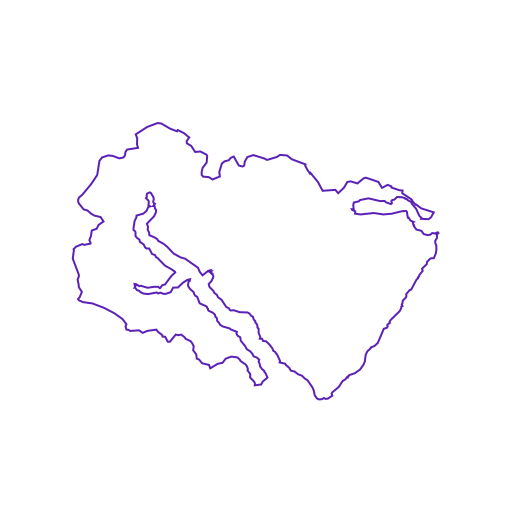 Ørsta nor, Møre og Romsdal, Norway, rotated 160°
{"feature_id": "86288312B4999748251605", "entity_name": "Ørsta nor", "entity_type": "district", "adm_level": 2, "iso_a3": "NOR", "parent_name": "Norway", "parent_adm1": "Møre og Romsdal", "projection": "albers", "projection_center": [6.353, 62.207], "detail": "fine", "context": "isolated", "style": "outline", "palette": "violet", "viewbox_px": 512, "rotation_deg": 160, "n_neighbors": 0, "source": "geoboundaries", "source_scale": "gbopen_adm2", "svg_char_len": 6106}
<svg xmlns="http://www.w3.org/2000/svg" viewBox="0 0 512 512"><g transform="rotate(160 256 256)"><path d="M403.0,242.4L401.1,236.1L402.7,234.5L402.9,231.1L400.9,230.1L399.9,228.6L391.4,226.2L388.7,222.5L383.7,222.8L374.8,220.9L374.1,218.4L371.1,213.6L371.4,212.2L369.0,211.2L368.2,205.6L366.2,204.9L358.3,209.6L356.0,208.1L353.1,207.7L350.8,203.9L350.5,202.3L346.7,198.5L345.8,196.0L345.4,192.4L347.3,188.9L345.8,184.1L346.8,179.8L344.9,178.2L343.4,173.7L337.4,169.7L337.4,166.1L328.9,167.8L323.9,167.1L319.6,169.9L313.6,169.9L308.9,167.5L307.8,166.5L306.6,163.9L306.5,162.7L303.1,157.9L302.3,155.9L302.2,152.8L303.1,151.6L301.8,146.9L303.1,144.0L300.6,138.2L300.7,136.0L301.4,134.9L295.1,133.5L292.5,135.8L286.8,137.8L287.1,142.5L287.8,144.4L287.6,145.3L289.0,147.7L289.9,150.9L289.4,153.9L289.7,155.9L288.4,157.4L289.9,160.2L292.5,162.5L293.0,165.7L294.0,168.3L296.6,171.7L296.9,174.7L299.3,181.6L298.6,185.0L300.3,187.0L300.8,188.6L300.9,189.9L299.9,191.3L304.6,195.4L305.6,197.0L311.4,201.2L313.3,203.7L313.5,205.6L314.6,208.2L314.1,211.5L315.0,212.8L314.6,214.8L316.0,217.5L319.1,220.6L319.5,221.9L319.2,222.8L319.7,224.2L319.5,224.8L319.9,225.7L325.1,230.8L325.2,237.8L326.7,239.5L327.1,241.5L326.9,243.2L329.3,247.7L330.0,250.6L329.8,252.0L327.8,255.6L326.8,255.3L325.9,256.7L328.5,257.1L334.1,255.8L340.1,253.1L344.7,254.6L348.5,251.2L353.9,251.3L356.1,252.2L358.1,254.1L360.7,254.3L361.8,255.7L370.4,257.1L374.8,259.3L377.1,261.8L377.6,263.2L379.5,264.6L380.5,267.7L380.9,267.8L379.4,269.1L380.0,270.1L379.7,271.3L378.0,270.3L376.1,267.6L374.4,267.4L368.7,263.2L361.9,261.8L358.3,260.4L357.5,258.7L356.9,258.7L354.1,260.6L351.2,260.4L342.2,266.3L337.5,268.2L337.5,268.9L339.9,272.4L344.8,278.0L349.2,287.8L350.5,289.5L350.4,291.2L353.0,293.5L353.8,299.5L356.4,300.6L357.3,302.0L357.6,305.2L360.3,309.1L359.9,311.2L361.6,313.6L362.4,316.0L361.1,319.5L361.3,320.9L362.1,322.2L362.0,323.2L358.2,330.3L355.3,333.1L354.4,334.9L347.5,334.3L343.5,335.8L340.4,339.0L338.4,338.8L339.7,340.4L338.2,343.6L338.1,344.7L339.6,348.1L338.3,348.9L338.0,350.6L336.9,351.9L334.0,352.1L333.2,351.2L332.3,346.2L332.6,344.4L334.1,342.1L333.9,340.5L333.1,339.6L335.6,338.2L334.2,337.4L334.7,335.5L334.2,333.4L335.3,331.0L338.3,328.1L347.4,323.7L347.5,320.3L348.8,317.8L348.4,314.4L349.1,312.1L344.9,308.1L343.0,305.5L342.8,303.8L338.6,298.9L336.3,295.1L332.6,286.5L327.4,280.5L323.5,277.7L314.6,264.9L314.2,260.0L312.8,256.1L306.1,258.4L303.8,258.2L304.9,257.4L303.4,256.9L304.6,256.4L303.5,256.4L304.1,255.8L303.7,255.3L304.2,255.4L302.9,252.6L303.3,250.8L306.4,247.7L310.0,245.8L310.3,243.9L310.2,242.5L307.9,237.6L307.8,235.7L306.0,232.7L305.8,230.2L303.4,226.8L301.4,218.3L299.3,216.0L299.2,214.5L298.3,213.4L295.4,212.6L290.6,208.8L283.4,205.9L281.9,204.3L280.8,201.2L279.7,200.0L279.8,196.9L279.0,195.2L279.3,193.5L278.7,192.4L278.5,190.3L279.1,188.2L278.4,186.9L279.8,182.8L279.7,178.2L280.7,177.0L278.6,176.1L278.4,173.7L275.7,172.4L273.7,168.3L272.2,163.7L272.2,161.0L270.9,159.5L269.8,155.5L269.3,149.0L270.2,147.9L265.4,144.8L265.3,143.6L263.0,139.5L262.5,136.4L259.3,134.3L257.0,130.6L253.7,127.7L252.0,124.1L250.1,121.7L248.0,113.6L247.7,109.9L248.4,105.4L247.6,101.5L246.1,99.8L243.1,98.9L240.8,99.4L239.6,98.0L237.4,97.4L232.1,98.6L232.0,100.9L230.7,101.9L223.1,104.6L217.2,109.0L214.3,109.5L211.5,111.2L211.2,110.5L209.2,112.2L203.4,112.0L197.1,113.7L191.9,117.3L189.8,119.7L186.7,125.7L184.0,128.3L179.7,130.1L179.5,130.8L175.4,130.9L171.2,132.7L160.8,143.9L157.5,143.8L156.3,144.8L156.3,146.2L155.9,146.6L153.1,147.3L153.0,148.5L151.4,149.8L139.9,155.0L137.4,157.3L136.7,158.8L135.5,158.8L135.6,160.7L134.7,161.3L133.3,163.9L129.3,165.8L128.4,166.8L128.0,168.7L123.1,171.5L121.6,171.4L113.5,178.7L111.2,179.8L111.2,180.5L109.8,181.0L109.1,182.2L104.4,185.1L104.3,187.3L98.4,189.9L97.3,191.9L94.0,193.6L92.4,194.0L89.7,193.1L86.3,196.7L84.4,200.1L83.0,204.1L83.1,206.9L82.3,209.1L80.0,210.8L79.1,212.8L79.0,214.3L76.8,215.0L76.7,215.7L77.5,216.2L80.3,216.0L82.5,217.3L85.0,216.4L87.6,216.9L90.9,219.3L92.0,223.1L96.2,226.0L97.5,230.3L96.9,230.8L97.4,232.0L97.1,234.2L96.4,234.2L98.7,236.5L99.5,239.8L100.0,239.8L100.1,240.8L99.1,246.1L99.5,246.9L103.6,248.2L114.0,249.3L122.1,251.5L130.6,256.1L143.6,259.3L148.4,261.9L147.5,264.1L149.8,266.3L149.9,267.2L148.2,266.4L147.3,270.4L145.8,272.8L140.7,272.2L139.0,273.0L130.6,271.7L120.7,265.2L116.3,263.7L115.5,262.0L111.5,258.7L110.3,259.1L110.0,261.3L109.0,261.9L106.6,261.7L103.3,263.2L99.2,261.5L96.4,259.7L96.4,259.0L94.7,257.8L94.4,256.6L92.0,254.1L91.5,251.3L89.4,245.6L88.8,237.8L87.5,235.4L88.2,234.5L81.3,231.6L78.4,232.4L74.0,236.2L84.4,244.2L88.0,249.7L88.5,249.6L90.2,254.0L90.5,256.0L97.1,265.0L95.9,267.4L98.8,268.8L105.3,274.0L105.0,275.2L108.0,277.8L114.3,276.9L115.6,283.7L125.9,292.0L128.2,292.2L135.9,289.5L141.6,293.8L144.9,294.3L150.0,290.1L157.3,286.9L158.8,291.0L171.1,294.5L172.5,304.4L176.4,315.5L177.1,315.0L178.3,319.7L178.9,324.1L178.1,325.1L189.2,334.6L192.4,339.8L198.9,342.8L202.5,341.9L212.8,342.5L214.5,344.5L223.9,351.7L230.3,351.9L234.2,348.6L236.2,345.0L238.1,344.7L241.2,346.9L242.9,357.1L246.3,356.8L248.9,355.3L253.2,355.7L256.4,354.6L261.7,347.6L262.8,343.1L270.7,342.8L273.4,346.3L278.5,348.6L279.3,350.7L278.4,353.4L276.0,357.1L270.4,360.7L267.7,366.6L267.9,368.2L272.5,373.2L277.6,374.6L279.2,381.6L282.4,385.5L281.9,387.7L278.2,390.2L281.7,396.1L286.4,401.1L287.6,400.2L293.0,404.9L299.8,413.0L303.1,414.6L314.1,414.5L327.4,411.4L327.4,407.2L329.7,401.4L329.8,398.0L340.8,400.1L343.0,398.5L344.8,395.3L346.9,393.9L351.0,394.5L356.6,399.2L360.3,401.0L367.0,401.3L370.6,398.9L377.5,386.4L386.4,379.9L398.2,373.0L402.5,371.4L404.0,369.5L404.5,368.0L404.5,366.0L402.0,358.7L398.9,356.6L396.5,352.2L394.1,349.3L388.7,345.7L387.5,340.6L393.4,339.0L396.4,336.1L401.6,336.1L404.4,331.0L407.1,328.0L407.0,324.6L407.4,324.2L413.7,325.3L415.2,326.6L421.7,326.3L425.0,324.9L425.3,323.4L429.1,316.2L428.9,299.7L429.2,297.7L431.7,294.8L432.5,289.3L433.2,287.6L431.9,281.8L435.7,277.7L438.0,276.4L437.6,275.0L434.5,271.9L426.0,267.4L416.7,259.4L408.8,250.8L403.0,242.4Z" fill="none" stroke="#5b21b6" stroke-width="2"/></g></svg>